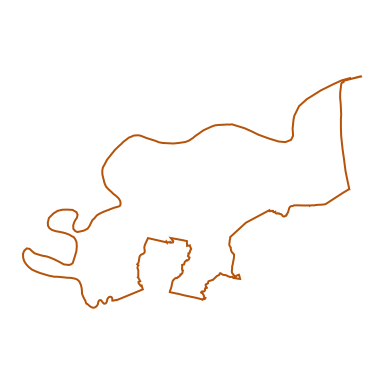 Pueblo Viejo, Veracruz, Mexico
{"feature_id": "50627088B14771067875898", "entity_name": "Pueblo Viejo", "entity_type": "district", "adm_level": 2, "iso_a3": "MEX", "parent_name": "Mexico", "parent_adm1": "Veracruz", "projection": "mercator", "projection_center": [-97.929, 22.164], "detail": "fine", "context": "isolated", "style": "outline", "palette": "amber", "viewbox_px": 384, "rotation_deg": 0, "n_neighbors": 0, "source": "geoboundaries", "source_scale": "gbopen_adm2", "svg_char_len": 5964}
<svg xmlns="http://www.w3.org/2000/svg" viewBox="0 0 384 384"><path d="M231.8,124.3L230.4,124.6L227.5,124.5L218.2,125.0L214.9,125.4L212.5,126.2L209.1,127.7L203.6,130.2L195.2,136.1L192.8,138.1L188.8,140.7L185.3,142.0L178.5,143.0L173.4,143.5L162.9,143.0L159.0,142.3L155.3,140.8L145.9,137.8L141.2,135.9L139.6,135.5L138.4,135.3L135.5,135.4L133.2,135.7L131.8,136.5L128.9,137.6L123.0,142.1L121.9,143.4L119.0,146.0L115.1,149.7L109.3,156.9L107.0,159.8L104.9,163.9L102.9,167.4L102.3,170.5L102.4,174.6L104.0,181.1L104.7,183.6L106.0,186.5L108.2,189.0L111.4,191.9L113.4,193.9L115.3,195.3L117.8,197.5L119.0,198.9L120.1,200.8L120.5,202.5L120.5,204.1L120.4,204.9L119.8,205.9L118.9,206.4L113.7,207.9L103.3,211.9L99.5,213.7L96.8,215.4L94.5,218.2L92.4,220.1L89.5,226.0L87.6,228.7L83.8,230.6L80.1,231.5L77.4,232.0L75.3,231.1L73.4,228.9L73.2,225.4L74.1,222.6L75.1,220.4L76.9,217.8L77.6,214.8L76.5,212.2L72.5,209.9L67.0,209.6L62.7,209.7L57.7,210.8L53.4,213.5L48.9,218.0L47.8,222.7L48.0,225.7L49.4,228.1L51.9,229.9L55.7,231.2L59.3,231.8L62.7,232.5L66.0,233.4L69.1,234.6L71.7,236.1L73.8,237.2L75.3,239.3L76.5,242.0L76.8,246.3L76.4,251.1L74.8,256.6L72.8,262.9L71.5,264.1L69.2,265.0L63.8,264.4L59.4,261.9L54.6,259.5L50.6,257.8L46.9,256.5L41.9,255.6L37.3,254.2L34.6,253.3L32.3,251.4L29.6,248.9L26.8,248.4L24.3,250.6L23.0,253.8L23.2,258.0L23.8,259.7L23.8,260.2L24.8,262.2L26.3,264.4L28.6,266.9L31.8,269.5L35.6,271.3L40.3,273.1L44.3,274.3L48.6,275.6L54.1,276.7L58.2,276.8L67.1,277.7L71.1,277.9L74.8,278.6L77.4,279.6L79.4,281.6L80.9,284.9L81.7,288.3L82.0,292.1L82.0,293.6L83.1,296.5L85.5,301.2L86.2,303.3L86.6,303.8L87.4,304.0L89.7,306.1L91.0,306.9L92.4,307.6L93.8,307.7L94.6,307.5L95.8,306.9L97.2,305.5L97.9,304.1L98.3,301.9L98.7,301.1L99.3,300.4L100.0,300.1L100.9,300.2L101.3,300.5L102.8,302.5L103.7,303.5L105.0,303.7L106.3,302.8L106.9,301.2L107.3,299.3L108.1,297.9L109.2,297.0L110.3,296.7L111.5,297.1L112.1,298.1L112.4,299.7L112.3,300.6L112.8,300.7L117.5,299.7L117.5,299.8L120.7,298.5L142.8,289.4L141.6,285.4L140.6,285.8L140.2,285.4L139.6,284.4L139.5,284.2L138.9,283.7L138.6,283.1L138.5,281.9L140.2,281.2L138.3,277.8L137.9,277.3L138.3,277.0L138.3,270.4L138.0,269.6L137.9,269.1L137.5,268.3L137.5,267.7L137.6,267.0L138.0,265.8L138.4,265.3L137.2,264.3L138.1,263.3L138.5,262.5L138.7,261.9L139.4,257.4L139.6,256.5L139.9,256.0L140.5,255.2L141.0,254.8L141.5,254.5L143.6,253.5L144.0,253.1L144.6,252.2L144.8,251.2L144.3,247.8L144.5,246.2L145.1,244.4L148.0,238.1L165.9,242.2L166.3,241.4L166.7,242.0L166.9,242.4L167.1,242.7L167.2,242.4L168.3,242.2L168.9,242.4L169.8,242.4L170.0,242.3L170.2,241.9L170.8,242.3L170.8,242.7L171.3,242.7L172.9,242.4L173.2,241.6L173.2,241.2L170.8,238.0L182.7,240.2L186.9,241.1L187.1,245.9L189.8,245.4L189.8,245.8L191.2,248.9L190.6,249.5L190.6,250.2L190.2,250.8L189.9,251.1L189.8,251.6L189.8,252.6L188.4,253.4L188.7,254.1L188.7,254.8L188.1,255.3L187.9,256.0L189.0,257.2L189.5,257.5L189.3,258.2L189.1,258.9L188.7,259.5L188.2,259.8L187.4,260.5L186.6,260.2L186.3,260.7L185.9,260.9L185.3,261.5L185.0,261.6L184.6,262.3L184.5,262.9L184.2,263.9L183.9,264.5L183.6,264.5L182.1,264.9L182.2,266.6L182.0,268.8L182.1,269.8L182.8,270.2L183.0,270.5L182.7,271.1L182.5,272.3L182.4,273.0L182.2,273.4L181.8,273.6L181.6,273.8L181.4,274.1L181.2,274.2L181.1,274.5L180.4,274.5L180.2,275.3L179.9,275.9L179.5,276.1L178.9,276.7L177.8,277.2L177.6,277.7L177.0,278.0L176.6,278.1L176.2,277.9L175.2,278.3L173.2,280.2L172.7,281.0L172.3,282.5L171.3,287.3L170.9,288.6L170.1,290.6L169.8,292.1L176.3,293.5L178.2,293.8L183.5,295.2L196.5,297.9L201.7,299.3L202.3,299.7L202.5,299.4L203.0,299.0L203.6,299.3L204.1,299.1L204.9,298.9L205.0,298.8L205.3,298.4L205.4,298.0L204.2,297.8L204.2,296.9L203.8,296.0L203.8,295.3L203.3,294.7L202.6,293.4L202.3,293.1L202.0,293.1L201.1,292.6L201.2,292.3L201.4,291.9L202.0,291.4L203.4,291.5L204.0,291.4L204.5,291.1L204.9,290.6L205.1,289.9L205.0,289.0L205.1,288.3L205.7,287.9L206.7,288.0L206.9,287.8L206.8,287.5L206.1,286.5L205.7,285.6L205.6,284.8L206.2,284.1L206.7,283.9L207.3,283.8L208.0,283.2L208.1,282.2L208.5,281.3L209.8,280.8L211.3,280.4L212.5,279.8L212.9,279.9L216.8,276.1L219.1,275.0L219.9,273.3L220.6,273.2L221.1,273.7L221.5,274.0L223.1,274.8L224.2,275.0L225.7,275.1L228.2,276.3L230.2,277.1L232.2,276.7L233.4,278.0L236.5,278.4L237.7,278.7L240.1,278.9L239.3,275.7L238.9,274.7L236.4,275.7L235.7,276.9L234.6,276.2L232.1,272.9L231.8,271.6L232.2,267.6L232.1,266.5L232.8,264.2L232.9,263.0L233.8,258.7L234.1,255.2L234.0,254.3L233.1,253.6L232.9,253.1L232.1,252.4L231.7,251.9L231.3,250.9L231.0,250.2L231.0,249.9L230.7,248.7L230.8,247.6L229.8,246.2L229.4,245.4L229.3,244.4L229.4,243.0L229.7,241.9L229.6,241.6L229.8,239.9L230.0,239.4L230.2,238.4L230.1,237.2L245.9,222.7L269.2,210.3L269.2,210.8L269.6,211.2L271.1,211.1L271.5,210.9L272.2,210.8L272.6,210.9L273.0,210.9L273.1,211.7L273.4,212.0L274.3,212.1L275.0,211.9L275.3,211.8L275.4,212.8L275.8,213.3L276.5,213.5L277.6,213.2L278.0,213.3L278.2,213.6L279.2,213.5L279.7,213.9L280.6,214.2L281.0,214.1L281.9,214.9L282.7,215.8L282.8,216.1L283.5,216.5L284.2,216.5L284.5,216.4L285.3,216.0L285.9,215.9L286.2,215.1L286.7,214.5L286.8,214.5L286.8,214.2L287.2,213.7L287.9,212.5L288.8,209.8L289.0,208.7L289.4,207.7L289.9,207.0L290.5,206.4L291.3,206.2L292.6,206.0L293.2,205.8L293.9,205.4L296.9,205.3L304.9,205.5L309.2,205.4L309.5,205.8L309.7,205.6L310.1,205.5L312.5,205.3L314.9,205.3L315.7,205.0L318.3,204.8L321.3,204.7L322.3,204.6L323.7,204.5L325.6,204.1L342.7,193.0L349.0,189.2L349.3,189.2L347.1,178.9L345.5,170.9L343.8,157.7L342.6,149.4L341.2,136.3L340.9,127.2L340.9,118.6L341.2,114.8L340.7,103.8L340.1,97.5L340.2,92.7L341.3,83.7L341.8,82.8L343.5,82.2L343.5,81.4L343.7,80.9L344.2,80.7L348.7,79.5L358.6,77.1L359.8,76.7L360.6,76.7L361.0,76.6L360.9,76.3L360.3,76.3L359.9,76.5L350.1,79.1L350.0,78.1L341.6,80.4L333.1,84.3L321.0,90.3L306.9,99.1L299.1,106.1L294.4,115.6L293.6,119.0L292.6,128.4L293.1,135.8L291.0,139.9L285.4,142.1L278.6,141.5L268.9,138.5L258.4,134.7L251.7,131.4L244.5,128.2L231.8,124.3Z" fill="none" stroke="#b45309" stroke-width="2"/></svg>